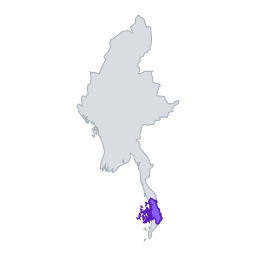 Myeik, Tanintharyi, Myanmar shown in context
{"feature_id": "60261553B82376991609151", "entity_name": "Myeik", "entity_type": "district", "adm_level": 2, "iso_a3": "MMR", "parent_name": "Myanmar", "parent_adm1": "Tanintharyi", "projection": "mercator", "projection_center": [98.426, 12.423], "detail": "fine", "context": "in_parent", "style": "filled", "palette": "violet", "viewbox_px": 256, "rotation_deg": 0, "n_neighbors": 0, "source": "geoboundaries", "source_scale": "gbopen_adm2", "svg_char_len": 9536}
<svg xmlns="http://www.w3.org/2000/svg" viewBox="0 0 256 256"><path d="M167.3,117.7L164.6,116.4L162.7,117.6L159.7,117.1L160.1,119.7L158.4,120.5L155.4,120.3L153.6,124.2L147.4,125.2L143.3,124.5L141.1,128.0L141.0,132.0L139.8,134.4L140.3,138.5L137.7,139.6L136.1,139.3L136.9,141.2L139.0,142.0L140.2,146.3L139.8,147.9L148.2,157.7L150.7,165.4L152.7,164.3L153.3,165.1L152.5,167.1L149.9,168.7L149.5,176.7L145.3,178.7L145.5,181.3L146.0,183.2L149.7,188.6L153.8,192.2L156.1,196.1L156.5,201.7L155.9,204.1L157.0,207.5L159.1,209.7L161.5,218.6L156.7,226.5L151.8,231.6L151.2,237.0L149.6,238.8L148.8,237.1L148.5,231.4L150.8,227.8L151.6,220.8L153.1,219.3L152.3,218.7L150.4,219.1L151.1,213.5L150.0,213.2L150.9,212.0L149.7,202.6L146.0,195.9L145.5,193.0L144.9,196.9L144.4,196.1L144.3,190.9L142.2,185.1L142.4,184.6L143.4,185.1L142.5,183.8L141.7,184.1L141.0,182.7L139.9,170.7L138.5,169.0L139.0,163.9L140.1,162.5L136.1,163.1L134.2,158.7L134.1,156.3L130.1,152.7L130.8,153.8L130.1,155.0L130.8,157.1L129.2,160.9L127.5,162.6L125.4,163.3L123.7,162.2L123.3,160.2L122.6,160.2L124.1,164.0L117.8,167.3L116.8,169.5L113.5,172.5L112.5,172.1L113.0,168.1L111.1,171.3L108.5,171.4L107.9,167.1L106.8,169.6L105.3,170.4L105.7,163.2L105.3,165.3L102.8,168.2L100.3,169.1L100.8,163.1L104.2,153.8L104.4,150.7L102.6,143.1L99.7,136.8L100.5,136.6L98.5,134.8L98.3,130.1L97.1,131.8L97.0,134.7L94.4,133.2L92.0,129.1L93.0,128.7L95.8,130.7L97.3,129.6L97.7,128.2L93.3,124.2L94.4,122.6L93.0,122.6L89.2,120.6L88.2,121.0L88.7,122.7L87.9,123.2L86.4,120.6L87.5,119.3L86.6,119.3L87.2,116.9L86.8,116.6L85.1,119.7L84.0,118.9L85.2,117.4L84.7,116.5L83.1,114.7L83.3,117.9L79.3,112.8L77.1,105.8L78.8,104.0L81.9,106.1L81.6,97.4L82.9,95.6L86.0,97.1L86.9,94.9L88.1,94.3L87.3,88.3L88.3,84.5L90.4,83.8L90.8,80.7L91.1,76.4L90.1,71.7L92.0,72.8L94.2,72.4L99.2,74.0L101.1,68.5L105.8,59.4L104.0,57.3L104.3,56.0L108.5,51.2L110.6,46.9L109.7,43.0L110.6,39.9L114.4,37.8L122.6,31.4L128.8,30.5L131.3,33.0L133.0,33.3L130.4,27.2L135.6,22.7L135.5,19.1L137.9,15.4L139.3,15.5L140.6,17.3L141.9,17.3L144.3,20.1L146.6,27.7L148.3,26.3L150.6,27.4L151.6,38.6L151.0,45.0L149.6,46.5L150.6,49.2L148.5,50.1L147.0,52.6L144.8,52.8L143.3,56.3L141.1,56.9L139.9,59.6L140.2,61.6L138.4,62.8L137.9,66.4L139.4,67.8L139.9,69.6L138.2,73.6L139.6,73.8L145.6,71.1L149.8,71.6L152.7,71.0L150.9,73.7L152.6,77.2L153.0,82.5L159.3,84.0L160.3,85.4L158.9,87.0L156.7,95.6L165.0,96.8L165.2,100.1L167.0,101.3L167.2,103.1L168.3,103.7L172.8,103.6L175.4,101.4L178.7,100.4L178.9,102.3L178.2,103.7L174.5,105.6L172.0,109.5L171.8,110.3L173.0,111.1L168.7,112.6L167.3,117.7ZM94.5,126.8L97.1,128.4L96.6,129.6L95.0,129.6L93.7,127.6L94.5,126.8ZM146.7,208.2L148.4,210.6L146.7,212.2L146.7,208.2ZM94.2,137.3L92.9,136.4L91.9,135.1L94.9,135.2L94.2,137.3ZM149.1,218.4L149.2,221.4L148.1,221.1L147.5,218.5L149.1,218.4ZM104.2,169.0L102.4,171.1L102.2,169.3L104.6,166.8L104.2,169.0ZM138.4,166.3L137.3,165.7L137.1,163.8L138.0,163.3L138.6,164.2L138.4,166.3ZM145.7,222.1L145.5,221.1L146.6,218.6L146.4,220.8L145.7,222.1ZM145.1,227.9L146.5,230.2L146.3,230.7L144.9,228.9L144.1,229.0L145.1,227.9ZM150.1,216.6L148.6,217.3L148.5,215.1L150.1,216.6ZM146.5,238.6L144.5,240.6L144.8,239.5L146.5,238.6ZM85.9,120.9L86.7,123.6L85.4,120.5L85.9,120.9ZM146.8,203.3L146.7,205.2L146.2,202.1L146.8,203.3ZM92.0,122.8L92.2,124.5L91.1,122.1L92.0,122.8ZM144.7,214.3L143.6,213.4L144.0,212.7L144.6,212.9L144.7,214.3ZM143.9,211.6L143.2,212.9L142.5,212.1L143.1,211.5L143.9,211.6ZM144.1,219.2L144.1,220.3L143.3,217.7L144.1,219.2ZM106.9,171.4L106.1,171.4L107.2,170.1L107.3,170.5L106.9,171.4ZM149.3,228.1L148.6,227.9L149.2,226.7L149.3,228.1Z" fill="#d9dde1" stroke="#a8b0b8" stroke-width="1"/><path d="M149.5,200.1L148.8,201.6L149.3,201.6L149.3,202.1L149.7,201.9L149.9,203.7L149.9,204.8L150.2,205.0L150.4,204.7L150.8,204.7L149.9,205.2L150.4,206.0L150.4,206.6L150.9,206.8L150.6,206.8L150.5,207.1L151.3,206.7L150.9,207.4L150.2,207.3L150.3,207.7L151.0,207.8L150.9,207.5L151.0,207.4L150.9,207.9L151.2,208.3L150.7,208.1L150.6,208.6L151.1,208.6L150.7,208.7L151.0,209.0L150.9,209.2L150.6,208.7L150.3,209.4L150.6,209.4L150.7,209.5L150.8,209.3L150.8,209.5L150.3,209.4L150.2,209.7L151.2,209.8L150.9,210.1L151.8,210.5L150.9,210.2L150.0,210.6L150.3,211.5L151.4,212.1L151.0,212.1L150.4,211.6L150.1,211.6L150.0,211.4L149.9,211.4L149.6,211.2L149.8,211.5L149.5,211.5L149.3,212.0L150.8,212.3L149.6,212.6L149.2,213.1L149.3,213.5L150.0,213.8L150.3,213.4L151.1,213.3L151.6,213.9L151.2,213.7L150.5,214.0L151.0,214.2L151.2,214.4L150.2,214.5L150.4,214.9L150.5,214.7L150.8,215.0L150.7,214.7L150.2,214.9L150.8,215.6L151.5,215.2L152.0,215.9L151.3,215.4L151.0,215.8L151.6,216.1L151.1,216.1L151.6,216.6L151.0,216.5L151.2,216.9L149.3,217.3L149.4,217.6L150.6,217.7L150.9,217.4L151.4,217.6L150.9,217.5L150.6,217.8L150.0,217.9L150.4,217.9L150.7,218.2L150.4,218.0L150.0,218.5L150.2,218.4L150.8,218.7L150.2,218.6L149.9,218.9L150.0,219.3L151.0,219.9L151.1,219.0L151.3,219.3L152.4,217.9L152.0,218.9L152.8,219.3L152.9,218.5L153.9,217.4L154.2,217.5L156.3,220.5L155.8,221.6L156.3,223.2L156.7,223.7L158.1,224.0L159.1,223.2L159.1,222.3L159.9,221.5L159.9,220.5L161.0,220.4L162.1,218.2L161.7,218.2L161.4,217.5L161.0,217.7L161.3,216.2L160.6,215.9L160.6,215.5L160.9,214.3L159.9,214.6L160.2,213.9L160.1,212.9L159.5,212.1L159.6,211.4L159.1,210.8L159.5,209.3L157.9,208.2L157.8,207.8L157.3,207.7L157.2,206.6L156.4,205.3L156.8,204.6L155.7,203.6L156.0,203.3L155.9,202.2L156.8,202.2L156.9,201.4L156.1,200.5L154.3,200.9L154.5,200.4L154.0,200.0L150.6,198.3L149.9,200.2L149.5,200.1ZM147.3,208.2L146.6,208.1L146.6,209.3L147.0,210.8L146.6,212.1L147.0,212.5L148.4,210.8L148.6,209.4L148.2,209.0L148.3,209.5L148.1,210.1L147.6,209.4L147.8,208.8L147.3,208.2ZM149.2,218.5L148.2,218.3L148.1,218.5L148.5,218.6L148.5,218.9L147.3,218.7L147.7,218.8L147.8,218.9L147.5,218.8L147.5,219.4L147.7,219.5L147.8,219.3L148.1,219.3L147.4,219.8L148.0,220.5L148.0,221.2L148.7,221.1L149.1,221.7L149.1,220.9L149.4,220.6L149.2,218.5ZM146.5,218.4L146.1,218.5L146.2,219.2L145.7,220.0L145.9,220.3L145.4,221.0L145.6,221.2L145.3,221.6L145.5,222.2L145.0,222.6L145.6,222.7L145.3,222.5L145.7,222.1L146.3,222.3L146.4,219.7L146.8,219.3L146.5,218.4ZM148.3,215.0L148.0,215.0L148.2,216.2L148.5,216.1L148.5,217.5L148.9,217.5L149.3,217.2L149.0,217.1L150.7,217.0L150.8,216.7L150.2,216.6L149.5,216.1L149.0,216.3L148.3,215.0ZM144.6,211.4L144.2,211.0L143.6,212.0L143.1,212.1L143.5,211.3L142.6,211.6L142.5,212.2L142.8,211.8L142.9,212.1L142.5,212.4L142.9,212.4L143.3,213.0L143.2,212.6L144.6,211.4ZM144.7,212.8L143.8,212.8L143.7,213.7L144.9,214.5L144.9,213.9L144.4,213.8L144.7,212.8ZM146.1,201.9L145.9,202.7L146.7,205.5L146.4,203.9L147.0,203.6L146.5,203.5L146.1,201.9ZM143.3,217.7L143.1,218.1L143.5,218.9L143.3,219.3L143.6,219.3L143.3,219.7L144.2,220.4L143.8,219.6L144.2,219.1L143.8,219.3L143.9,218.7L143.3,218.4L143.3,217.7ZM148.8,210.1L148.5,211.3L148.7,211.6L149.0,211.3L148.8,211.1L149.1,210.3L148.8,210.1ZM146.1,209.5L145.7,209.9L145.8,210.4L146.5,210.2L146.1,209.5ZM148.0,212.3L148.8,211.8L148.5,211.5L148.0,212.3ZM137.8,218.5L137.2,218.3L137.3,218.6L136.8,218.5L137.3,218.8L137.8,218.5ZM149.0,201.7L148.7,201.9L148.8,202.5L149.3,202.1L149.0,201.7ZM150.9,216.7L150.9,216.3L150.0,216.2L150.2,216.5L150.9,216.7ZM139.5,218.1L139.5,217.3L139.0,217.6L139.5,218.1ZM146.2,217.0L146.0,217.3L146.2,217.8L146.5,217.3L146.2,217.0ZM146.0,216.2L145.7,216.6L146.1,216.9L146.3,216.7L146.0,216.2ZM145.0,212.2L144.3,211.9L144.3,212.2L145.0,212.2ZM141.8,209.5L141.2,209.3L141.5,209.8L141.8,209.5ZM141.8,207.1L141.3,206.5L141.3,207.0L141.8,207.1ZM150.5,213.9L151.0,213.6L151.0,213.4L150.5,213.5L150.5,213.9ZM149.4,202.2L149.3,202.5L149.6,202.7L149.7,202.3L149.4,202.2ZM146.5,218.0L146.1,218.0L146.1,218.3L146.4,218.3L146.5,218.0ZM147.9,217.7L147.8,217.9L148.0,218.2L148.2,217.8L147.9,217.7ZM139.7,215.5L139.2,215.6L139.2,215.9L139.7,215.5ZM147.7,212.5L147.4,212.4L147.6,213.0L147.6,212.7L147.7,212.5ZM147.7,214.5L147.8,214.1L147.6,214.0L147.5,214.3L147.7,214.5ZM148.0,214.0L147.7,213.8L147.8,214.1L148.0,214.0ZM144.1,218.0L143.7,218.4L143.9,218.6L144.0,218.4L144.1,218.0ZM145.0,211.2L144.5,211.2L145.1,211.4L145.0,211.2ZM143.3,216.6L142.8,216.6L143.2,216.9L143.3,216.6ZM150.7,207.3L151.1,207.0L150.5,207.3L150.7,207.3ZM147.3,207.9L147.2,207.6L147.0,207.0L147.1,207.7L147.3,207.9ZM140.6,212.8L140.9,212.8L140.9,212.6L140.6,212.8ZM150.1,207.2L150.4,207.0L150.1,206.9L150.1,207.2ZM140.3,214.5L139.9,214.4L140.0,214.9L140.2,214.7L140.3,214.5ZM148.5,218.1L148.9,217.9L148.6,217.7L148.5,218.1ZM143.2,222.6L143.3,222.4L142.8,222.6L143.2,222.6ZM148.8,211.6L149.1,211.5L149.0,211.4L148.8,211.6ZM143.0,215.4L142.6,215.4L142.7,215.8L143.0,215.4ZM146.1,212.6L145.9,212.0L145.9,212.8L146.1,212.6ZM149.2,212.9L149.3,212.7L148.9,212.8L149.2,212.9ZM149.1,212.3L149.4,212.3L149.3,212.2L149.1,212.3ZM144.6,222.3L144.6,222.6L144.8,222.5L144.6,222.3ZM149.2,215.8L149.5,215.8L149.4,215.7L149.2,215.8ZM148.9,211.0L149.1,211.2L149.0,210.9L148.9,211.0ZM141.2,211.1L141.3,210.8L141.1,210.6L141.2,211.1ZM149.2,202.8L149.3,202.7L149.1,202.5L149.2,202.8ZM149.7,210.9L149.8,210.8L149.7,210.7L149.7,210.9ZM145.4,205.4L145.2,205.3L145.4,205.5L145.4,205.4ZM148.5,213.5L148.2,213.5L148.4,213.7L148.5,213.5ZM145.6,217.8L145.4,217.6L145.6,217.8ZM139.3,215.3L139.0,215.5L139.3,215.3ZM139.4,218.4L139.3,218.2L139.1,218.2L139.4,218.4ZM148.4,218.1L148.5,217.9L148.4,217.8L148.4,218.1ZM140.4,216.1L140.2,216.0L140.3,216.2L140.4,216.1ZM145.9,211.9L145.6,211.8L145.9,211.9ZM143.1,216.0L142.8,215.9L143.1,216.0L143.1,216.0ZM144.9,213.7L144.6,213.6L144.8,213.8L144.9,213.7ZM149.6,211.2L149.9,211.4L149.6,211.1L149.6,211.2Z" fill="#8b5cf6" stroke="#5b21b6" stroke-width="1.5"/></svg>